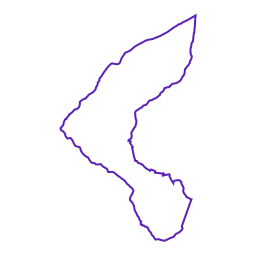 outline of Berbeo, Boyacá, Colombia
{"feature_id": "7082276B20026203821701", "entity_name": "Berbeo", "entity_type": "district", "adm_level": 2, "iso_a3": "COL", "parent_name": "Colombia", "parent_adm1": "Boyacá", "projection": "orthographic", "projection_center": [-73.104, 5.23], "detail": "fine", "context": "isolated", "style": "outline", "palette": "violet", "viewbox_px": 256, "rotation_deg": 0, "n_neighbors": 0, "source": "geoboundaries", "source_scale": "gbopen_adm2", "svg_char_len": 5794}
<svg xmlns="http://www.w3.org/2000/svg" viewBox="0 0 256 256"><path d="M155.3,239.5L156.1,239.5L156.8,239.3L158.4,239.2L159.0,239.3L161.2,240.1L163.8,240.6L164.7,240.6L165.2,240.5L165.7,240.2L167.4,239.5L169.8,238.2L172.4,237.3L173.6,236.8L174.0,236.5L175.1,234.7L175.7,234.1L178.8,232.5L180.5,231.2L181.5,230.1L182.1,229.5L182.4,228.8L182.5,228.5L182.2,227.5L181.8,226.3L191.4,199.3L191.1,199.3L190.5,199.1L189.0,198.1L187.9,197.7L187.2,197.2L186.5,197.0L186.2,196.8L185.7,195.5L185.3,194.8L184.3,193.7L184.0,193.3L183.7,192.8L183.7,192.6L183.2,191.2L183.2,190.4L183.4,190.0L183.4,189.5L183.6,188.8L183.6,188.2L183.4,187.6L182.4,185.3L181.4,183.7L181.3,183.0L181.5,182.3L180.1,180.8L179.4,180.4L178.8,180.1L178.1,180.2L177.4,180.2L175.8,180.6L174.9,180.6L174.4,180.9L173.4,181.6L173.4,181.9L173.3,183.1L171.5,180.3L169.9,177.1L169.7,176.8L169.5,176.0L169.7,175.4L169.5,174.7L169.2,174.2L164.6,175.2L164.2,175.4L163.1,175.6L162.9,175.6L163.0,175.3L163.3,174.8L163.3,174.6L163.8,173.8L163.8,173.5L163.6,173.3L162.7,173.5L162.3,173.6L158.7,173.1L157.8,172.9L156.0,172.9L155.1,172.8L154.9,172.7L155.2,171.3L153.3,170.3L151.0,169.5L150.0,170.8L149.2,170.1L146.2,168.5L145.3,167.6L144.9,167.4L143.6,166.0L143.1,165.3L141.9,164.4L141.4,164.0L140.5,163.8L139.5,163.2L138.7,163.0L138.1,162.7L137.8,162.7L137.6,162.5L137.5,162.1L136.9,161.0L136.7,160.9L135.2,160.9L133.5,154.4L132.2,147.6L132.4,147.6L132.8,147.2L132.7,147.0L130.8,144.1L130.0,143.2L130.7,141.6L128.4,140.9L128.5,140.2L128.9,139.8L129.8,139.5L130.3,139.0L131.1,138.6L131.4,138.0L131.4,137.2L131.8,136.2L131.7,135.4L131.4,134.2L131.4,133.2L131.6,132.3L131.7,131.9L132.5,130.9L133.0,130.0L133.1,129.5L133.4,129.2L133.8,128.1L134.3,127.9L134.8,127.3L135.3,126.5L136.2,123.4L136.3,121.6L136.3,120.3L135.9,119.6L135.9,118.9L135.6,118.2L135.3,116.4L135.4,115.6L135.2,114.9L135.2,112.3L135.6,111.4L136.4,110.6L137.6,110.0L138.6,109.3L140.5,108.0L141.2,107.6L141.9,107.4L142.2,107.2L142.7,106.1L143.2,105.7L146.0,104.8L146.7,104.2L147.3,103.6L148.5,101.7L149.2,100.9L149.7,100.5L150.3,100.3L151.0,100.3L151.9,100.1L153.7,99.0L154.6,98.6L155.9,98.2L156.5,97.8L157.5,96.8L158.4,96.1L159.1,95.7L159.6,95.4L159.8,95.0L159.9,94.4L160.3,93.5L160.8,92.9L161.4,92.4L162.2,91.9L162.9,91.3L163.5,90.6L163.9,89.9L164.5,88.1L164.8,87.9L165.2,88.0L166.2,87.7L167.4,87.2L168.8,87.2L169.1,87.1L169.6,86.7L169.8,86.0L171.0,85.4L171.2,85.0L171.6,84.3L172.3,83.9L176.4,83.1L177.5,82.5L180.2,80.8L181.0,79.7L182.1,77.4L184.1,74.7L184.5,73.4L184.7,71.8L184.9,70.4L185.0,69.3L185.2,68.8L186.1,68.1L186.9,66.9L188.1,65.4L188.7,64.7L189.9,62.6L189.8,61.6L189.9,61.1L190.6,60.3L191.1,59.2L191.6,57.9L191.6,57.0L191.8,56.2L191.1,55.1L190.9,54.5L190.7,53.6L190.7,52.7L190.4,52.3L190.6,49.4L190.5,48.8L190.6,48.1L191.0,47.5L191.3,45.8L191.4,43.9L192.1,42.4L192.7,41.8L192.9,41.2L193.0,40.6L193.2,40.1L193.2,38.1L193.6,35.8L193.6,35.2L193.8,34.0L193.9,32.8L194.3,32.5L194.4,31.8L194.5,31.3L194.2,30.4L194.3,30.0L194.6,29.3L195.5,15.4L194.1,16.3L186.8,20.5L182.6,22.4L181.6,23.2L181.4,23.5L180.4,23.8L179.4,24.0L178.6,24.4L176.4,26.0L174.4,27.0L169.7,30.4L167.0,32.3L165.5,33.0L164.4,33.7L160.6,35.7L158.5,36.7L155.7,37.7L153.0,38.9L151.8,39.2L149.1,39.6L146.2,40.4L136.8,45.4L135.3,46.3L134.3,47.0L131.1,49.8L130.3,50.4L128.7,51.3L125.2,52.8L123.7,55.1L122.0,57.5L121.3,59.0L119.9,62.7L118.7,63.8L117.3,64.2L115.8,64.1L114.4,63.8L112.2,63.4L111.5,63.5L109.2,65.5L106.8,68.3L103.5,72.9L101.5,76.1L100.2,77.7L99.6,78.4L99.4,78.8L99.3,80.7L99.1,81.1L98.0,82.3L97.7,82.8L97.7,83.4L97.6,83.7L97.5,84.7L96.8,86.0L96.0,87.3L95.7,88.9L95.2,90.0L94.8,90.3L94.0,91.1L93.9,91.4L93.4,91.8L92.6,92.6L91.4,93.1L90.7,93.5L89.7,94.2L89.4,94.3L88.5,95.0L87.6,96.3L87.4,96.5L87.1,96.6L86.8,96.9L86.6,97.5L85.8,98.0L85.7,98.5L85.3,98.8L84.4,98.8L83.9,98.9L83.5,99.1L82.3,100.0L81.8,100.2L80.9,100.9L80.2,101.6L80.0,101.9L79.7,102.5L79.9,103.1L79.9,103.7L79.5,106.0L78.7,107.5L78.3,108.0L77.8,108.3L77.4,108.8L76.9,109.1L76.2,109.3L75.5,109.2L74.9,109.4L74.6,109.6L74.3,109.8L72.9,111.5L72.1,112.4L70.6,113.5L70.2,114.0L69.8,114.2L69.1,114.4L69.0,114.6L69.0,115.3L68.8,115.7L68.3,116.2L67.6,116.7L67.4,117.0L67.0,117.6L66.4,118.9L65.3,119.2L64.9,119.6L64.7,120.0L64.6,120.7L63.9,121.8L63.5,123.9L63.1,125.3L62.1,126.2L61.5,127.2L60.7,127.9L60.5,128.2L60.5,128.4L60.8,129.1L60.9,130.0L61.6,130.3L62.2,130.8L62.9,131.2L63.3,131.6L64.4,132.8L64.8,133.5L65.0,134.1L65.5,135.9L66.8,138.0L67.5,138.5L68.2,138.4L69.4,138.1L69.9,138.0L70.4,138.1L70.9,138.4L72.7,140.8L73.2,141.6L73.6,143.1L74.1,144.0L75.2,145.6L75.6,146.0L77.2,146.6L79.0,147.0L79.5,147.2L79.9,147.6L80.3,148.3L80.7,150.0L80.8,150.5L81.4,151.6L82.3,153.0L82.6,153.4L85.5,156.1L86.7,156.9L87.4,157.0L87.8,157.3L88.7,158.6L89.3,159.7L91.2,162.4L91.7,162.7L93.2,163.0L94.3,163.1L94.8,163.3L95.4,163.9L96.0,164.3L98.2,164.5L99.0,164.4L100.0,164.1L100.5,164.1L101.0,164.2L101.3,164.7L102.4,166.0L103.4,166.8L104.0,167.1L107.1,169.0L107.5,169.8L107.7,170.9L108.1,171.9L108.7,172.1L109.6,172.0L111.8,171.9L112.6,172.0L114.0,172.5L116.1,174.2L116.9,175.0L118.0,175.8L119.9,177.2L120.5,177.6L121.5,178.5L123.6,179.7L124.4,180.6L125.6,181.7L126.8,183.6L129.6,186.0L130.4,187.0L131.6,187.8L132.6,189.0L133.3,190.2L133.3,191.4L131.6,195.1L130.9,196.0L130.4,197.0L130.1,197.8L129.9,198.6L130.1,200.3L132.2,202.5L132.8,203.6L134.0,205.8L134.2,207.4L134.7,210.3L136.4,213.3L137.4,215.7L137.9,216.4L138.5,217.0L138.8,217.4L139.4,219.3L140.1,220.7L140.6,221.1L141.2,221.4L140.7,222.8L140.7,223.9L140.8,224.4L141.3,224.8L141.5,224.6L142.0,224.5L142.3,224.7L142.6,225.5L143.1,225.5L143.9,225.5L144.3,226.1L144.8,226.6L146.6,226.8L147.2,227.2L147.8,227.8L147.8,228.4L148.1,228.8L148.5,229.1L148.6,229.7L149.2,230.8L149.7,231.3L151.1,233.0L151.8,234.8L152.8,235.9L153.3,236.2L154.8,238.8L155.3,239.5Z" fill="none" stroke="#5b21b6" stroke-width="2"/></svg>